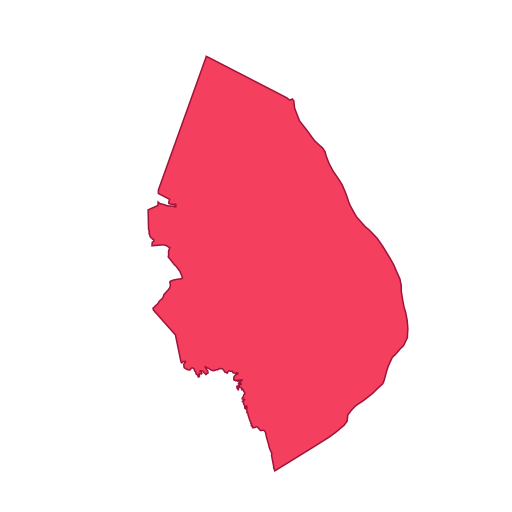 the district of Barito Timur, Kalimantan Tengah, Indonesia, rotated 142°
{"feature_id": "22746128B29529230943245", "entity_name": "Barito Timur", "entity_type": "district", "adm_level": 2, "iso_a3": "IDN", "parent_name": "Indonesia", "parent_adm1": "Kalimantan Tengah", "projection": "orthographic", "projection_center": [115.357, -2.015], "detail": "fine", "context": "isolated", "style": "filled", "palette": "rose", "viewbox_px": 512, "rotation_deg": 142, "n_neighbors": 0, "source": "geoboundaries", "source_scale": "gbopen_adm2", "svg_char_len": 5955}
<svg xmlns="http://www.w3.org/2000/svg" viewBox="0 0 512 512"><g transform="rotate(142 256 256)"><path d="M172.3,444.0L172.8,443.5L292.3,368.1L294.5,365.4L289.2,353.8L291.7,352.1L292.3,351.2L292.3,350.9L291.8,350.1L290.9,348.9L289.5,347.6L287.5,346.3L287.5,345.9L288.4,344.6L288.7,344.7L288.9,344.3L289.9,344.8L289.6,345.7L290.5,346.0L295.2,350.4L296.3,352.4L299.5,356.6L299.9,358.8L302.2,356.2L312.6,358.8L324.3,343.1L324.5,342.6L324.4,342.0L324.5,341.5L325.3,341.0L325.3,340.5L326.1,339.9L326.4,339.5L326.5,338.9L326.8,338.7L326.7,338.2L326.8,337.7L327.3,337.0L327.5,336.4L327.4,335.9L327.5,335.4L327.2,334.5L327.1,333.7L327.2,333.0L326.7,332.5L326.6,331.7L327.1,330.7L329.4,330.6L331.7,328.1L325.5,324.1L321.7,321.5L320.0,318.8L319.2,316.3L318.8,315.5L319.8,315.1L321.7,313.8L322.8,312.6L323.9,311.0L325.7,309.3L325.7,299.2L325.3,298.0L325.4,290.6L325.9,289.4L326.3,287.3L327.1,284.9L327.6,283.9L328.3,283.9L330.4,284.9L333.0,286.5L334.7,287.2L335.5,287.8L336.5,288.1L337.1,288.1L338.1,288.6L338.8,288.8L339.2,288.9L339.6,288.7L340.1,288.4L340.4,287.9L340.9,286.5L342.2,284.9L342.5,284.7L342.9,284.5L343.2,284.3L344.4,283.8L346.5,283.3L350.6,282.6L352.5,282.2L353.8,281.2L355.6,280.3L355.9,280.3L357.0,280.1L359.5,280.0L361.0,279.6L361.7,279.2L362.2,279.0L363.9,278.7L365.5,278.7L368.0,278.3L369.1,278.4L370.0,277.0L369.9,276.9L370.0,276.7L369.9,276.5L370.0,276.2L370.0,275.7L370.0,275.3L369.9,275.1L370.0,274.9L369.9,274.7L370.0,274.5L368.2,245.2L368.0,243.6L380.2,219.0L380.3,218.7L380.3,218.2L380.4,217.7L380.3,217.4L379.8,217.3L378.9,217.7L378.4,217.7L377.2,217.0L376.6,216.4L376.6,216.0L377.0,215.6L378.0,215.7L378.7,215.6L379.0,215.4L380.0,214.7L381.2,212.6L381.3,212.2L381.2,211.7L380.3,209.3L380.0,208.7L379.3,207.8L378.6,207.1L378.4,206.9L378.2,206.9L375.7,207.4L375.4,207.3L375.2,207.2L374.9,206.8L374.4,205.7L374.3,205.2L375.1,203.3L374.9,202.3L375.1,201.5L375.3,200.9L375.8,200.2L375.8,199.9L375.4,199.0L375.6,197.5L375.4,196.8L375.5,196.6L376.0,196.3L376.0,196.2L375.9,196.0L375.7,195.9L375.2,195.9L374.7,196.0L374.3,196.4L373.6,198.0L373.3,198.2L373.1,198.1L372.7,197.6L371.7,196.7L371.3,196.6L371.1,196.7L370.9,196.8L370.6,197.6L370.5,198.4L370.4,198.9L370.5,199.1L370.8,199.3L371.1,199.6L370.8,199.8L370.5,199.8L369.0,198.4L368.7,197.9L368.7,197.2L368.8,196.2L368.8,195.8L368.5,194.4L368.5,193.4L368.1,193.3L367.0,193.6L366.7,193.6L366.1,193.3L365.9,193.3L365.3,194.0L365.2,194.3L364.7,195.2L364.7,195.5L365.0,196.8L364.6,197.3L364.5,197.6L364.6,198.3L364.5,199.1L364.6,199.7L364.5,199.9L364.2,199.9L364.1,199.7L363.7,198.7L363.4,198.3L362.4,196.3L361.8,194.2L361.0,192.9L360.8,192.5L360.4,192.2L360.1,191.7L358.8,191.2L358.5,191.1L357.9,191.0L357.2,190.8L356.9,190.5L356.8,190.2L356.7,190.1L356.3,190.2L355.9,190.0L354.9,190.0L354.2,189.5L353.6,189.5L353.3,189.1L353.2,188.8L352.5,188.5L352.0,187.9L351.8,186.9L351.9,186.5L351.7,185.4L351.9,185.0L352.0,183.5L351.8,183.3L351.4,182.9L351.2,182.5L351.1,181.8L351.0,181.6L350.8,181.4L350.5,181.4L349.5,182.1L349.0,182.3L348.7,182.3L347.8,182.0L347.5,181.7L346.9,180.7L346.4,180.2L346.0,180.0L345.7,179.6L345.9,178.5L346.0,178.1L344.8,176.8L344.5,175.9L344.3,175.7L343.9,175.9L343.4,175.9L343.1,175.9L342.5,175.2L342.3,174.9L342.4,174.7L342.7,174.6L344.0,174.6L345.0,174.7L345.8,174.9L346.2,174.7L347.2,174.6L348.2,174.0L349.5,172.5L349.6,172.0L349.7,171.8L349.7,171.5L349.1,171.0L348.8,170.6L348.8,170.1L348.7,170.0L348.2,170.3L347.9,170.2L347.6,169.7L347.5,169.2L347.6,168.7L347.3,168.4L347.0,168.3L346.8,168.6L346.6,169.0L346.3,169.0L345.1,168.0L344.0,167.6L343.4,167.2L343.2,166.8L343.4,166.7L343.9,166.6L344.8,167.1L345.5,167.7L345.8,167.7L346.0,167.0L345.9,166.4L346.0,166.1L346.3,166.1L347.3,166.5L347.9,166.6L348.3,166.4L348.5,166.1L348.4,165.8L347.9,165.7L347.3,165.9L347.1,165.8L346.9,165.6L346.7,165.1L346.6,164.7L346.4,164.3L346.5,164.1L347.4,164.1L348.2,164.5L348.8,164.7L350.1,164.8L350.4,164.8L351.3,165.1L351.5,165.0L351.6,164.9L351.8,164.5L352.0,163.7L352.3,163.3L352.4,163.1L352.3,162.3L352.5,161.6L352.3,161.4L352.1,161.5L351.8,162.1L351.1,162.7L349.8,163.4L349.5,163.3L349.5,162.0L348.8,161.2L348.5,160.5L348.7,159.8L349.4,159.7L349.6,159.5L349.5,159.2L348.7,158.8L348.5,158.2L348.8,157.6L349.0,156.9L349.0,156.1L349.3,154.6L349.5,154.4L351.5,154.0L351.9,153.3L352.5,153.0L354.0,152.7L354.6,152.3L354.8,152.0L354.9,151.8L353.4,150.2L353.3,149.9L353.4,149.7L355.0,149.8L355.9,149.9L356.2,149.9L356.3,149.8L356.3,149.5L355.9,149.1L355.9,148.7L356.9,146.8L357.0,145.8L357.4,144.5L358.5,143.1L358.5,142.5L358.2,141.7L357.8,141.4L357.5,141.6L357.2,141.8L356.9,142.5L356.6,143.3L356.2,143.8L355.9,143.7L355.9,142.9L356.0,142.7L357.1,141.4L358.0,140.8L358.5,139.4L358.7,139.1L359.6,138.3L359.6,138.0L359.2,137.6L359.3,136.9L360.2,135.4L362.1,130.2L362.4,128.7L362.6,128.1L363.1,127.2L363.1,126.9L362.8,126.3L363.8,125.7L364.1,125.3L364.1,124.9L363.7,124.9L363.5,124.2L363.8,123.6L364.4,122.8L363.5,122.2L363.4,121.9L360.7,121.1L360.2,120.5L360.0,116.0L359.5,115.3L357.4,114.2L357.1,113.6L356.9,111.7L359.5,106.3L361.9,100.2L363.4,97.1L364.2,94.5L364.9,91.5L365.4,90.3L366.7,89.1L367.0,88.2L368.4,85.7L369.2,84.0L370.5,81.6L370.8,81.0L371.7,79.1L372.3,78.6L372.5,78.2L372.8,77.0L373.5,75.1L327.3,70.0L309.4,68.2L301.5,68.0L290.6,68.4L286.0,69.7L281.5,74.2L275.9,75.7L270.7,76.5L267.7,76.5L260.0,75.9L249.1,75.9L242.2,76.7L234.8,77.3L231.7,79.0L224.0,84.8L219.9,87.6L211.0,92.2L206.5,92.6L199.7,94.0L194.9,94.5L187.1,98.4L181.1,105.2L176.5,112.2L172.8,119.4L170.7,124.8L166.4,133.1L163.1,138.9L159.8,143.2L156.7,149.4L154.6,157.9L153.0,163.8L151.7,172.1L150.2,185.2L149.6,195.2L150.7,206.4L151.9,212.0L152.7,224.8L151.7,231.8L150.7,237.8L149.6,241.9L148.0,246.0L146.3,251.4L144.3,258.8L143.6,265.3L143.0,275.2L141.7,282.9L141.1,285.3L138.8,292.5L137.4,295.6L137.0,300.6L137.7,303.4L138.8,310.4L138.8,314.6L138.5,323.4L138.5,335.7L134.6,348.6L130.7,355.0L130.7,357.4L133.6,358.1L134.3,361.6L171.1,441.6L172.3,444.0Z" fill="#f43f5e" stroke="#9f1239" stroke-width="1.5"/></g></svg>